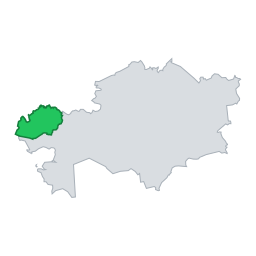 location of West Kazakhstan within Kazakhstan
{"feature_id": "KAZ-3201", "entity_name": "West Kazakhstan", "entity_type": "Region", "adm_level": 1, "iso_a3": "KAZ", "parent_name": "Kazakhstan", "parent_adm1": "", "projection": "orthographic", "projection_center": [51.03, 49.856], "detail": "fine", "context": "in_parent", "style": "filled", "palette": "green", "viewbox_px": 256, "rotation_deg": 0, "n_neighbors": 0, "source": "natural_earth", "source_scale": "10m", "svg_char_len": 7178}
<svg xmlns="http://www.w3.org/2000/svg" viewBox="0 0 256 256"><path d="M171.3,172.6L170.0,173.7L169.5,175.0L168.4,174.9L166.9,177.7L161.6,182.6L159.0,188.2L159.4,190.4L158.3,190.7L155.6,189.6L155.7,187.6L154.3,186.5L146.4,188.4L143.7,181.6L140.6,182.2L139.6,173.5L137.9,174.8L135.3,171.5L131.0,168.6L128.3,170.6L120.4,171.3L112.9,173.7L106.9,168.5L105.7,166.6L89.2,158.2L73.5,164.5L75.4,197.0L71.8,197.4L67.7,191.7L62.7,188.7L55.7,190.6L52.1,193.9L51.8,191.1L52.8,188.2L52.6,185.2L48.0,184.4L46.1,181.8L44.0,181.7L44.1,178.9L42.5,176.6L41.0,172.6L37.8,171.4L37.4,170.2L37.7,169.2L38.4,168.8L41.2,168.8L43.2,169.9L45.6,169.6L44.1,168.9L42.2,166.2L44.7,162.3L51.1,161.8L55.9,162.3L53.2,160.2L55.3,154.7L54.8,152.2L55.4,150.4L54.8,148.8L53.8,147.9L51.2,147.6L49.1,149.1L45.9,147.4L43.2,146.7L38.6,148.7L35.3,151.2L32.0,151.8L32.0,152.8L31.6,152.5L31.1,153.0L31.2,153.4L27.5,151.3L26.9,150.5L26.9,149.8L29.2,150.1L29.7,149.5L25.1,141.0L21.0,140.0L19.9,140.5L18.8,138.6L18.7,136.0L16.4,134.3L16.2,132.8L16.9,130.8L19.0,127.8L17.7,125.8L17.9,124.6L19.1,121.6L20.6,120.3L21.2,117.9L22.3,116.8L23.4,117.1L26.8,121.9L27.4,122.1L29.3,121.3L29.8,120.6L28.7,115.2L29.7,115.3L32.7,113.2L33.7,111.1L35.5,110.7L38.3,109.1L41.0,105.4L43.0,106.2L44.1,107.7L45.5,107.6L48.9,105.6L50.9,107.6L55.1,107.4L59.8,111.2L61.4,113.5L61.8,115.2L62.3,115.6L62.8,114.5L62.1,112.0L62.6,111.3L66.8,114.2L68.7,114.8L70.7,113.5L71.1,112.3L72.9,110.7L73.7,110.9L75.8,110.0L78.4,111.4L79.5,111.0L80.4,109.4L83.3,109.4L86.6,112.3L89.9,112.7L90.4,113.7L91.9,112.8L93.0,110.2L95.2,111.5L98.1,111.0L100.4,109.2L101.0,105.7L100.7,104.9L99.5,104.0L94.3,102.8L93.8,101.8L91.7,100.6L93.6,98.7L94.9,98.3L96.4,96.4L94.8,93.6L95.9,90.8L100.8,90.3L101.3,89.7L100.8,88.8L98.8,88.0L96.3,87.9L96.1,87.5L96.3,86.4L97.8,85.5L97.4,85.1L96.2,85.5L94.7,85.1L95.5,81.4L99.2,81.5L111.5,75.5L113.8,75.0L114.8,75.3L115.2,73.6L116.2,72.5L119.8,71.3L128.8,66.5L129.0,65.8L128.6,64.9L130.1,64.1L131.9,62.0L134.4,61.7L138.2,62.5L140.5,60.5L141.8,61.8L144.4,66.0L144.9,68.0L144.6,69.1L144.9,69.4L146.3,69.5L149.4,68.2L150.0,66.9L151.5,68.3L152.3,69.8L152.8,69.1L152.4,68.4L152.6,67.9L154.1,67.7L156.0,68.5L158.2,67.0L158.3,68.1L157.1,70.5L157.3,71.5L158.3,72.6L160.0,70.4L161.9,70.2L162.8,70.7L162.9,69.2L164.2,67.1L165.8,65.9L166.4,65.0L166.3,63.9L171.8,58.6L171.9,61.4L170.8,61.7L171.5,62.7L180.4,66.5L194.0,78.2L198.9,83.0L200.5,80.7L199.8,78.7L200.8,77.2L203.1,77.2L203.6,79.1L205.2,78.6L206.3,80.2L211.3,78.0L212.0,76.0L214.5,73.8L218.1,74.3L221.9,77.7L225.8,77.5L226.5,78.8L228.6,80.5L233.6,79.0L234.8,75.5L235.4,76.0L235.5,77.4L236.6,77.5L238.3,78.6L239.7,78.5L240.6,79.3L238.3,81.0L238.4,82.1L239.3,84.0L239.2,85.8L235.8,89.0L236.5,93.4L239.6,98.4L239.5,100.3L238.3,101.2L236.8,104.0L235.7,103.2L232.4,104.9L226.6,105.6L228.2,120.4L228.5,121.0L230.4,121.0L230.8,122.1L230.9,123.7L229.2,123.6L227.6,124.9L225.7,123.9L217.8,130.7L217.2,132.1L218.1,132.5L219.5,131.9L221.1,132.1L220.9,133.7L222.3,137.5L225.5,141.2L226.4,143.2L227.5,144.2L227.5,144.8L226.7,144.9L225.6,146.1L225.8,146.7L227.0,147.2L225.5,149.1L225.6,150.1L227.3,153.1L227.1,153.6L224.8,152.5L221.8,153.1L219.2,151.4L206.2,154.6L199.5,157.4L198.6,158.8L196.9,159.2L193.3,159.1L189.0,158.1L187.6,159.0L185.6,161.4L185.8,165.1L186.6,166.6L178.4,165.9L175.1,166.2L172.2,167.9L170.8,171.9L171.3,172.6ZM37.0,166.7L36.4,166.9L35.8,166.0L36.0,165.0L36.5,164.7L36.0,165.9L37.0,166.7ZM52.7,161.7L52.1,161.6L51.9,161.1L52.5,160.7L52.7,161.7Z" fill="#d9dde1" stroke="#a8b0b8" stroke-width="1"/><path d="M49.4,105.0L49.5,105.1L49.6,105.4L49.7,105.7L49.8,106.0L50.2,106.7L50.3,107.3L50.4,107.5L50.5,107.6L50.7,107.8L50.8,107.8L50.9,107.7L51.4,107.7L51.4,107.8L51.5,107.7L51.8,107.5L51.9,107.4L52.0,107.3L52.3,107.5L52.6,107.4L52.7,107.5L52.9,107.7L53.0,107.8L53.0,107.7L53.3,107.5L53.5,107.4L54.1,107.4L54.1,107.2L54.3,107.2L54.4,107.3L54.5,107.3L55.0,107.3L55.3,107.3L55.5,107.4L55.6,107.5L55.8,107.8L56.4,108.0L56.6,108.2L56.7,108.4L56.5,108.5L56.6,108.8L56.6,109.0L56.8,109.3L56.9,109.6L57.1,109.7L58.1,110.0L58.4,109.9L58.6,110.0L58.8,110.1L59.0,110.5L59.5,110.7L59.6,110.9L59.7,111.2L59.8,111.3L59.8,111.5L60.0,111.9L60.3,112.1L60.5,112.3L60.7,112.5L61.2,112.5L61.3,112.7L61.7,112.8L61.8,112.9L61.8,113.0L61.5,113.6L61.4,113.8L61.4,114.2L61.4,114.3L61.3,114.7L61.3,114.9L61.3,115.1L61.4,115.3L61.6,115.5L61.9,115.7L62.0,115.7L62.3,115.7L61.9,116.4L61.8,116.8L61.4,117.2L61.7,118.1L61.7,119.1L62.0,119.6L62.3,119.8L62.5,120.1L62.4,120.6L62.3,121.0L62.1,121.6L62.0,122.1L61.7,122.5L61.4,122.9L61.2,123.2L61.2,123.6L60.5,123.9L59.8,123.9L59.5,123.9L59.4,124.3L58.7,124.5L58.4,124.8L58.2,125.3L57.9,125.4L57.9,125.9L57.7,127.0L57.7,127.9L56.6,129.0L56.6,129.5L56.4,129.6L55.8,129.8L53.7,129.9L53.3,129.8L52.5,130.9L52.6,132.0L51.7,133.4L51.5,134.4L51.5,134.8L51.2,135.0L49.1,134.4L48.9,134.7L48.3,134.6L47.9,134.5L46.9,134.2L47.1,133.5L47.0,133.2L46.6,133.1L44.3,132.8L43.7,133.0L43.1,133.1L42.4,133.7L41.8,134.4L41.5,134.4L41.2,134.6L40.9,134.8L40.5,135.0L35.6,138.3L32.9,138.5L32.8,139.2L29.6,138.0L19.0,136.0L19.0,135.9L19.0,135.7L18.8,135.6L18.3,135.5L16.8,134.9L15.4,134.2L16.3,132.0L17.2,129.9L17.4,129.7L17.6,129.5L18.1,129.3L18.2,129.2L18.3,129.1L18.6,128.7L18.9,128.3L19.0,127.8L19.0,127.4L18.7,127.0L17.9,126.3L17.6,126.1L18.1,124.0L18.5,121.8L18.7,121.5L18.9,121.3L20.2,120.8L20.6,120.4L21.0,119.9L21.1,119.7L21.1,119.4L20.8,118.9L20.8,118.7L21.1,118.4L21.1,118.2L21.0,117.9L21.1,117.7L21.6,117.5L21.7,117.4L21.8,117.0L22.1,116.7L22.3,116.5L22.6,116.4L22.8,116.4L23.0,116.5L23.3,117.0L23.6,117.2L23.7,117.4L23.7,117.5L23.8,117.5L24.0,117.6L24.2,117.9L24.3,118.1L24.5,118.3L24.7,118.7L25.0,118.9L25.0,119.0L25.0,119.3L25.4,119.6L25.5,119.8L25.6,120.1L25.6,120.3L25.6,120.6L25.7,120.9L25.8,121.0L26.1,121.2L26.2,121.4L26.2,121.6L26.3,121.8L26.5,121.8L26.9,122.1L27.3,122.3L27.5,122.1L28.8,121.6L29.4,121.3L29.9,120.8L30.0,120.6L30.0,120.4L30.0,120.1L29.9,119.9L29.4,119.7L29.4,119.4L29.5,119.1L29.4,118.8L29.2,118.3L29.0,117.7L28.9,116.4L29.0,115.8L29.0,115.5L28.8,115.3L28.5,115.2L28.4,115.1L28.5,114.8L29.3,115.3L29.6,115.4L29.8,115.4L30.9,114.6L31.4,114.0L31.7,113.8L32.5,113.6L32.9,113.4L33.2,113.2L33.3,112.9L33.2,112.6L33.0,112.4L32.8,112.2L32.9,111.9L33.1,111.7L33.2,111.2L33.3,110.9L33.5,110.8L34.0,111.0L35.3,111.0L35.4,110.9L35.7,110.5L36.5,109.8L36.7,109.7L37.7,109.5L38.4,109.2L38.5,109.1L38.5,108.9L38.5,108.6L38.7,108.4L38.6,108.2L39.0,108.2L39.2,107.9L39.4,107.9L39.5,107.8L39.5,107.7L39.5,107.0L39.5,106.9L39.8,106.7L39.8,106.3L40.1,106.4L40.4,106.4L40.4,106.5L40.2,106.8L40.3,106.9L40.5,106.9L40.8,106.8L41.0,106.6L41.0,106.4L40.7,105.6L40.7,105.3L40.9,105.2L41.2,105.2L41.3,105.3L41.4,105.5L41.5,105.6L41.6,105.8L43.1,106.0L43.2,105.9L43.3,105.9L43.5,105.9L43.7,106.1L43.9,106.3L44.1,106.3L44.3,106.5L44.2,106.8L44.0,107.0L43.5,107.1L43.5,107.3L43.7,107.5L43.8,107.7L44.3,107.8L44.7,107.7L45.0,107.5L45.1,107.4L45.3,107.2L45.5,107.2L45.6,107.3L45.6,107.6L45.7,107.9L46.0,107.9L46.3,107.7L46.5,107.5L46.5,107.2L46.4,106.9L46.4,106.6L46.7,106.3L46.9,106.0L47.0,105.9L47.3,105.9L47.6,106.0L47.9,106.1L48.0,106.1L48.3,105.9L48.4,105.6L48.5,105.5L48.6,105.4L48.9,105.4L49.1,105.4L49.3,105.0L49.4,105.0Z" fill="#22c55e" stroke="#15803d" stroke-width="1.5"/></svg>